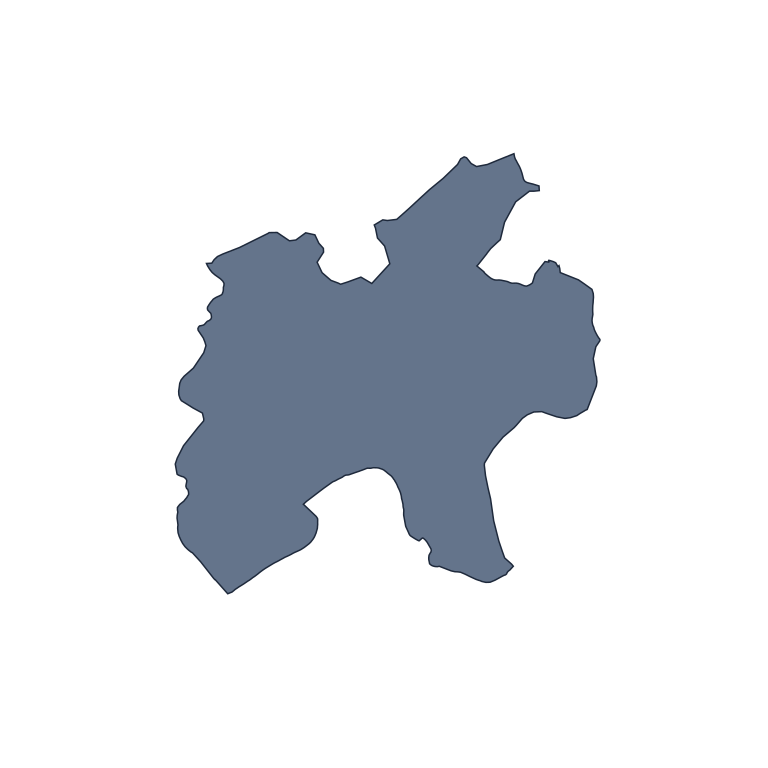 Mawiyah, Ta`izz, Yemen (orthographic projection), rotated 128°
{"feature_id": "15242507B40784737599464", "entity_name": "Mawiyah", "entity_type": "district", "adm_level": 2, "iso_a3": "YEM", "parent_name": "Yemen", "parent_adm1": "Ta`izz", "projection": "orthographic", "projection_center": [44.336, 13.613], "detail": "fine", "context": "isolated", "style": "filled", "palette": "slate", "viewbox_px": 768, "rotation_deg": 128, "n_neighbors": 0, "source": "geoboundaries", "source_scale": "gbopen_adm2", "svg_char_len": 6111}
<svg xmlns="http://www.w3.org/2000/svg" viewBox="0 0 768 768"><g transform="rotate(128 384 384)"><path d="M279.0,208.2L254.8,215.5L251.2,217.6L247.6,220.9L246.7,222.4L235.2,234.7L224.2,240.0L217.3,240.5L216.5,240.8L215.9,241.4L215.4,243.4L214.6,245.6L213.6,247.9L212.6,250.0L211.5,252.0L211.4,252.1L210.1,253.8L209.1,255.7L207.7,257.4L206.1,259.0L204.2,260.3L202.3,261.3L200.5,262.3L198.6,264.0L197.0,265.3L195.4,266.5L193.6,267.8L191.3,269.2L189.0,270.8L186.7,272.3L185.1,273.7L183.8,274.9L181.4,278.4L181.8,287.8L182.2,294.9L182.8,296.9L187.7,313.7L184.7,316.7L183.0,319.0L184.4,319.2L182.7,323.5L182.9,323.7L183.2,325.6L184.7,329.6L185.1,330.3L185.6,330.2L185.9,329.4L186.5,329.2L188.4,332.5L204.2,332.6L212.9,329.3L213.5,329.4L215.5,330.0L217.6,331.0L219.3,332.1L220.3,334.1L220.9,336.1L221.0,336.6L221.4,338.1L222.1,340.1L223.1,341.9L224.4,343.5L225.8,345.2L226.6,347.2L227.2,349.6L228.0,351.4L229.1,353.6L230.0,355.4L231.2,357.4L232.6,359.0L233.8,360.8L234.5,362.8L234.9,365.2L234.9,366.9L234.9,368.0L234.8,370.2L234.7,372.3L234.3,374.2L234.1,374.3L233.8,383.5L231.8,383.3L218.0,383.2L217.7,383.3L211.6,383.3L203.1,382.0L198.7,381.2L191.6,384.4L182.3,388.6L159.4,392.4L142.5,388.1L139.5,384.3L136.0,380.7L132.5,383.8L133.9,387.5L134.4,388.8L134.6,389.4L135.5,391.4L136.4,393.4L137.3,395.7L137.5,397.9L136.8,400.0L135.6,401.6L134.2,403.4L132.9,405.1L131.4,407.4L130.3,409.2L129.2,411.3L127.6,415.1L126.7,417.0L125.9,419.0L124.7,420.9L123.3,422.5L122.5,423.4L136.7,431.6L147.4,437.7L155.6,444.9L155.7,445.1L156.6,451.0L154.9,458.3L155.7,460.7L159.4,462.2L165.7,461.2L185.6,464.0L202.7,467.8L215.2,469.9L231.2,472.5L246.4,475.3L253.1,482.0L255.4,486.0L264.7,489.6L266.4,486.7L273.0,479.0L274.9,468.5L285.7,453.4L286.8,453.5L312.3,455.5L314.0,468.0L325.9,475.4L332.1,479.6L332.6,482.0L335.0,489.6L334.4,501.3L329.2,511.7L317.3,512.8L314.4,515.3L313.2,522.0L309.0,530.3L313.1,538.8L324.8,542.1L329.3,546.6L329.4,546.8L330.4,561.5L335.4,567.7L336.7,568.1L365.4,581.9L380.9,591.1L386.1,593.7L390.5,594.4L394.8,594.1L398.3,598.1L399.6,595.6L401.1,591.5L401.9,588.1L402.1,584.6L401.8,577.7L402.2,574.3L403.2,572.0L404.9,570.8L406.7,570.1L408.8,568.5L410.4,567.6L411.4,567.4L412.1,567.0L413.6,566.9L415.8,567.9L418.8,569.5L421.1,570.4L422.5,570.8L424.3,570.8L426.4,570.9L429.5,570.7L432.0,570.4L433.2,569.7L434.2,568.6L434.5,567.0L434.8,565.1L434.9,564.1L435.8,562.8L437.4,561.2L438.5,560.6L439.7,560.4L441.0,560.7L442.0,561.0L443.2,561.8L444.7,562.0L447.8,562.2L448.9,562.7L450.2,563.7L451.8,565.1L453.4,565.2L455.0,564.7L456.1,563.5L459.0,554.7L461.3,550.8L463.4,547.9L470.3,545.3L488.8,544.0L501.0,546.3L505.6,546.4L509.2,545.4L512.4,543.5L516.2,541.3L518.9,538.9L521.1,535.6L521.9,533.4L520.5,520.1L520.5,519.9L518.7,509.2L522.5,504.5L524.1,503.4L532.7,503.8L556.0,504.0L569.7,501.3L575.6,499.2L582.4,491.6L582.5,491.2L582.3,489.7L581.7,487.6L581.3,486.3L580.6,484.8L580.6,482.0L581.1,480.7L581.5,480.0L582.7,479.2L585.7,477.7L586.7,477.0L587.9,475.1L587.8,474.0L588.5,472.8L589.4,471.6L591.1,470.1L592.2,469.8L593.1,469.8L595.0,469.5L597.0,469.6L599.5,469.6L601.7,470.1L604.6,470.8L606.4,470.8L607.6,470.8L608.8,470.6L609.7,469.7L610.3,469.4L611.1,468.5L611.9,467.6L613.3,466.9L614.8,466.1L617.1,464.5L619.6,461.9L622.0,459.5L623.4,458.7L624.8,457.7L628.0,454.7L630.2,451.5L632.1,447.9L633.6,444.5L634.7,440.6L635.1,437.2L635.2,435.5L635.2,434.3L635.2,432.1L634.9,431.2L637.0,418.9L642.1,398.3L642.3,396.8L642.3,396.6L642.1,396.5L645.5,378.0L643.4,376.8L641.6,375.7L639.5,375.2L637.4,374.8L635.4,374.1L633.4,373.5L629.4,372.0L627.4,371.3L625.2,370.6L623.3,370.0L621.5,369.3L619.4,368.7L617.3,368.2L615.3,367.5L611.1,366.4L609.2,366.0L606.9,365.4L604.8,364.8L602.6,364.1L600.7,363.4L598.6,362.6L593.8,360.8L591.7,359.9L589.9,359.0L587.9,358.1L585.7,357.2L583.7,356.3L581.5,355.4L579.3,354.2L577.3,353.2L575.4,352.3L573.4,351.5L571.5,350.6L569.7,349.6L567.8,348.6L566.0,347.7L564.1,347.0L562.1,346.3L559.9,345.7L557.9,345.2L555.9,344.7L553.8,344.4L551.8,344.4L549.8,344.4L547.4,344.7L545.4,345.2L544.1,345.6L543.5,345.7L541.6,346.5L539.6,347.3L538.5,347.8L537.7,348.4L536.6,349.1L535.5,349.8L533.8,351.2L532.7,352.0L531.8,352.7L530.9,353.6L530.4,355.0L530.1,356.0L528.4,373.5L524.2,372.8L507.7,368.5L503.2,367.3L494.1,364.6L492.7,364.2L491.3,363.4L490.0,362.7L488.6,362.1L487.4,361.6L485.8,360.8L484.4,360.1L483.1,359.5L481.7,359.1L480.3,358.6L479.1,357.8L477.9,356.4L476.8,355.5L475.5,354.7L473.8,353.6L472.2,352.6L469.6,350.9L468.3,350.0L466.9,349.2L465.7,348.4L462.9,346.7L461.8,346.1L460.6,345.3L460.4,345.1L458.9,343.0L458.1,342.2L457.1,341.4L456.2,340.5L455.6,339.6L454.9,338.7L454.2,337.7L453.5,336.5L452.7,334.2L452.2,332.8L451.9,331.3L451.9,327.5L452.0,326.4L452.0,321.4L452.3,320.2L452.6,319.0L453.0,317.9L453.3,316.6L453.9,315.3L454.3,314.1L454.8,313.0L455.4,311.7L456.7,309.5L457.2,308.4L457.7,307.4L458.3,306.2L459.0,305.0L459.6,304.0L461.4,301.7L462.3,300.7L463.1,300.0L464.1,298.7L465.0,297.5L466.1,296.2L466.9,295.2L468.9,293.4L469.7,292.5L470.5,291.4L471.4,290.6L472.3,289.9L473.1,289.4L475.2,287.8L476.8,286.0L482.6,279.5L483.0,278.9L485.8,273.5L486.8,271.7L487.3,270.2L487.3,269.0L487.1,266.7L486.8,263.8L486.2,260.3L485.7,259.6L485.0,259.6L481.8,259.0L481.6,258.6L481.3,258.0L481.5,255.2L482.2,252.4L485.0,245.5L486.0,244.3L487.7,243.5L488.0,243.6L491.2,243.1L493.5,241.7L494.9,240.5L496.6,238.5L497.6,237.4L497.7,235.0L497.2,233.2L496.4,231.4L495.1,229.5L493.6,228.2L491.1,219.9L489.9,216.0L488.3,212.6L486.6,210.2L485.2,207.8L483.9,202.9L482.9,198.0L481.3,191.2L480.2,188.0L479.9,187.5L479.4,185.4L477.6,181.6L475.7,179.3L474.8,178.3L470.2,175.7L462.3,172.3L460.5,171.4L459.9,170.9L459.0,170.6L458.1,170.5L457.1,170.8L456.1,170.9L454.8,170.8L453.2,170.3L448.0,169.9L447.4,172.6L446.8,181.8L443.0,187.8L437.1,196.8L424.3,213.3L408.8,229.4L401.9,238.0L393.8,247.5L386.3,254.9L384.5,256.1L368.0,258.0L361.7,257.8L352.6,257.5L338.3,254.6L335.1,254.3L325.9,253.8L320.0,252.1L313.8,248.7L308.6,242.6L307.4,238.8L306.5,236.2L303.6,228.0L303.5,227.7L299.7,220.2L295.7,216.3L290.2,212.6L286.3,211.3L281.8,209.5L281.1,209.3L279.0,208.2Z" fill="#64748b" stroke="#1e293b" stroke-width="1.5"/></g></svg>